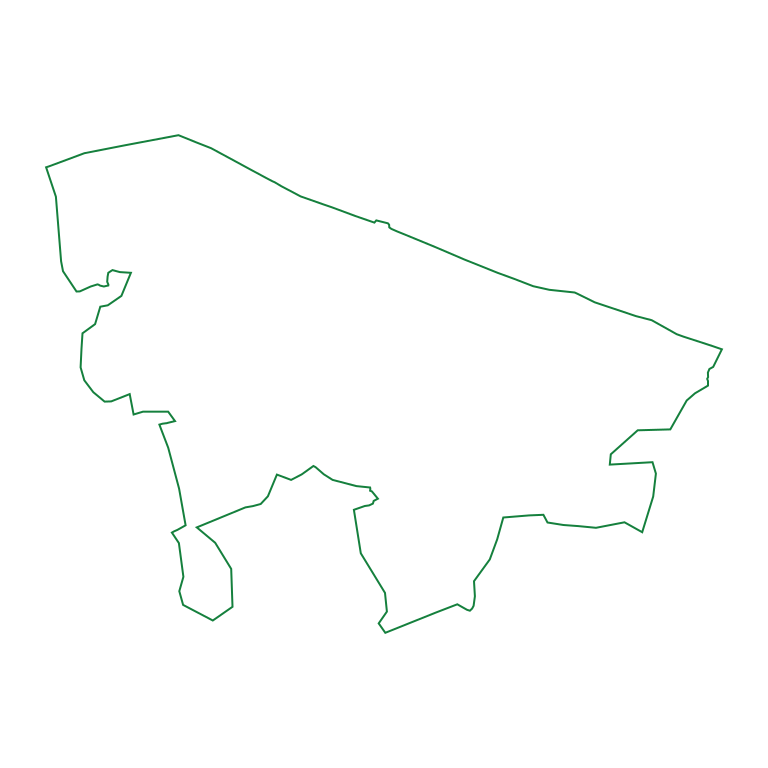 Gada, Sokoto, Nigeria
{"feature_id": "59680162B52281011363885", "entity_name": "Gada", "entity_type": "district", "adm_level": 2, "iso_a3": "NGA", "parent_name": "Nigeria", "parent_adm1": "Sokoto", "projection": "albers", "projection_center": [5.67, 13.685], "detail": "fine", "context": "isolated", "style": "outline", "palette": "green", "viewbox_px": 768, "rotation_deg": 0, "n_neighbors": 0, "source": "geoboundaries", "source_scale": "gbopen_adm2", "svg_char_len": 2066}
<svg xmlns="http://www.w3.org/2000/svg" viewBox="0 0 768 768"><path d="M721.9,349.3L715.2,347.0L712.6,346.1L684.9,337.1L684.4,336.9L684.2,336.9L676.7,334.2L651.7,320.2L635.9,316.1L594.7,302.3L577.5,293.8L574.7,292.5L568.1,291.8L549.3,289.8L533.2,286.2L514.0,278.8L497.8,272.9L464.1,259.4L435.1,247.0L403.0,233.8L397.3,231.5L391.4,228.9L389.3,227.4L389.1,224.7L387.9,223.3L376.3,220.4L374.4,222.6L355.3,216.0L331.6,207.2L323.1,204.3L300.6,196.4L281.3,186.2L274.6,182.2L272.5,181.3L266.0,177.9L251.9,170.3L211.1,148.2L195.8,142.2L178.5,135.2L124.9,145.3L84.4,153.2L48.6,166.5L46.1,167.3L55.9,196.7L61.1,261.3L63.0,271.2L76.5,291.5L79.8,291.4L90.7,286.5L97.4,284.4L98.6,284.7L100.1,285.6L103.9,286.5L106.4,285.9L108.3,285.5L108.4,284.6L107.2,281.8L107.6,276.6L108.3,272.8L112.4,270.1L119.9,272.1L130.9,272.8L121.4,295.9L107.8,305.3L100.3,306.7L95.1,324.1L82.5,333.3L81.5,348.6L80.6,367.4L84.3,380.3L93.3,392.2L104.6,401.6L111.2,401.4L129.7,394.1L133.6,414.5L142.9,411.7L168.2,411.7L175.0,421.1L167.6,422.9L166.7,423.2L165.6,423.3L162.5,423.7L159.4,424.6L161.2,429.4L168.2,447.7L179.1,488.7L185.6,525.3L177.4,529.9L174.2,531.3L171.9,532.6L178.9,543.1L183.4,576.8L179.3,591.2L183.1,604.9L212.8,620.5L232.5,606.8L231.2,568.9L215.2,542.8L196.8,527.4L245.4,507.4L252.9,506.1L260.7,504.0L267.9,496.3L276.9,474.6L291.1,479.9L301.7,474.4L313.4,466.0L315.5,467.1L323.8,474.3L332.6,479.9L356.4,486.1L370.1,487.5L370.3,488.7L370.3,489.4L370.1,490.7L371.9,491.4L377.9,498.7L373.7,500.9L372.9,503.6L369.1,505.4L364.8,506.0L353.9,509.8L360.8,553.3L385.0,592.9L386.9,611.6L378.7,623.4L385.3,632.8L435.5,612.7L457.3,604.3L467.0,609.8L469.9,610.7L472.1,608.6L473.6,605.8L474.9,596.3L474.0,581.2L489.8,559.4L497.2,539.3L503.3,517.5L529.2,515.4L543.4,514.8L547.5,522.5L563.4,525.0L578.3,526.1L596.0,527.8L624.5,522.3L642.2,532.2L653.2,496.5L655.9,473.6L652.5,462.2L609.8,464.6L610.8,454.3L637.7,430.3L670.3,429.4L686.7,400.5L695.0,393.3L708.0,385.6L708.0,381.0L707.2,378.9L708.1,377.1L707.9,372.6L709.4,369.0L713.2,366.9L721.9,349.3Z" fill="none" stroke="#15803d" stroke-width="2"/></svg>